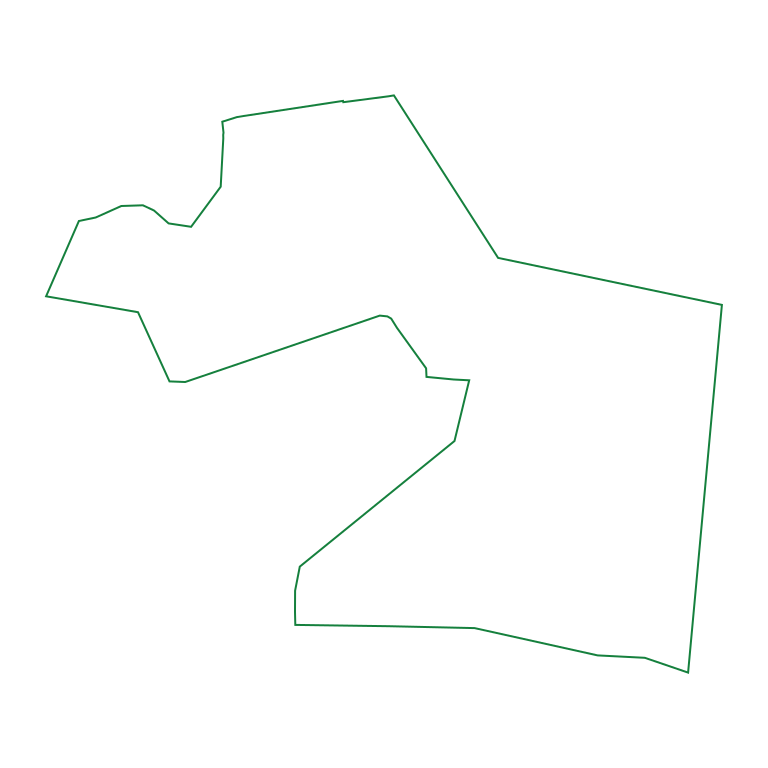 outline of San Nicolás Hidalgo, Oaxaca, Mexico
{"feature_id": "50627088B32967205278142", "entity_name": "San Nicolás Hidalgo", "entity_type": "district", "adm_level": 2, "iso_a3": "MEX", "parent_name": "Mexico", "parent_adm1": "Oaxaca", "projection": "albers", "projection_center": [-98.142, 17.776], "detail": "fine", "context": "isolated", "style": "outline", "palette": "green", "viewbox_px": 768, "rotation_deg": 0, "n_neighbors": 0, "source": "geoboundaries", "source_scale": "gbopen_adm2", "svg_char_len": 673}
<svg xmlns="http://www.w3.org/2000/svg" viewBox="0 0 768 768"><path d="M393.9,95.4L388.5,96.3L343.3,102.2L343.0,100.9L243.6,116.0L236.9,117.1L224.6,121.0L223.5,121.3L222.3,121.7L223.5,132.7L223.2,134.9L223.3,138.3L220.7,186.7L191.1,226.8L168.6,223.4L154.0,210.5L142.9,205.3L121.3,206.0L95.7,217.5L78.9,221.0L46.1,296.3L138.0,312.2L169.5,381.4L185.2,382.0L214.6,372.0L379.8,315.6L387.4,316.4L391.2,318.6L397.0,327.9L426.1,368.3L426.5,376.9L453.7,379.5L469.2,380.3L454.5,441.0L299.8,566.6L295.1,590.7L295.0,611.8L295.3,624.9L388.6,626.2L474.6,628.1L597.6,655.4L644.8,657.8L688.1,672.6L721.9,304.9L498.1,257.9L393.9,95.4Z" fill="none" stroke="#15803d" stroke-width="2"/></svg>